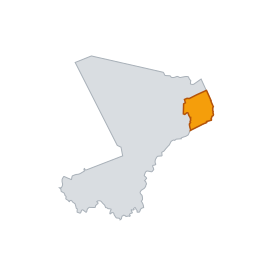 Menaka, Gao, Mali shown in context, rotated 336°
{"feature_id": "8926073B3742503303790", "entity_name": "Menaka", "entity_type": "district", "adm_level": 2, "iso_a3": "MLI", "parent_name": "Mali", "parent_adm1": "Gao", "projection": "orthographic", "projection_center": [2.874, 16.667], "detail": "fine", "context": "in_parent", "style": "filled", "palette": "amber", "viewbox_px": 256, "rotation_deg": 336, "n_neighbors": 0, "source": "geoboundaries", "source_scale": "gbopen_adm2", "svg_char_len": 5886}
<svg xmlns="http://www.w3.org/2000/svg" viewBox="0 0 256 256"><g transform="rotate(336 128 128)"><path d="M48.6,181.8L48.7,181.0L48.1,180.4L48.1,180.1L48.6,177.7L48.6,177.1L48.9,175.9L48.5,175.3L48.4,174.9L47.4,173.3L47.1,171.9L46.6,171.0L45.4,170.6L44.9,171.3L44.6,171.5L44.1,170.9L44.0,170.4L44.0,170.0L42.5,167.8L42.6,166.7L43.3,166.1L43.6,165.2L43.0,164.1L43.2,163.0L43.2,161.5L42.3,160.2L41.7,159.5L41.2,158.6L41.8,156.5L41.0,154.7L42.7,155.5L43.6,154.9L44.5,154.1L45.3,153.0L45.7,151.5L45.9,150.3L46.8,148.3L47.7,147.4L49.6,146.2L50.0,146.4L52.8,149.5L54.4,151.1L54.9,151.9L55.5,152.0L56.4,150.6L57.3,149.4L57.7,149.1L60.7,149.2L62.2,149.5L63.6,150.0L65.5,150.2L70.7,149.6L70.8,149.0L70.8,148.3L71.0,147.8L71.5,147.3L71.8,147.3L71.9,148.9L72.3,149.2L73.5,149.4L111.8,151.3L113.8,142.7L111.1,139.5L106.4,46.6L123.9,47.3L126.8,49.5L182.8,91.4L183.1,92.7L183.0,94.5L183.4,95.1L184.3,95.7L187.6,97.4L187.8,97.8L187.9,98.5L188.3,99.4L189.0,99.9L189.8,100.3L190.8,100.6L193.8,100.8L194.5,101.3L195.8,102.9L196.5,103.2L200.5,104.1L201.8,104.5L203.3,105.2L204.0,105.9L204.0,108.4L204.6,110.1L204.6,110.5L203.9,111.2L203.8,111.6L203.0,112.9L203.2,113.5L204.6,114.4L205.3,114.7L206.1,114.7L214.7,113.0L214.9,136.6L214.6,137.0L214.4,141.2L213.8,143.7L212.7,145.5L212.0,148.2L211.6,148.8L211.2,150.3L210.6,151.2L209.5,151.6L207.5,153.3L207.3,154.7L202.6,154.0L202.3,154.0L202.1,154.2L202.0,154.9L189.8,155.3L183.9,155.6L180.1,158.8L177.6,159.1L174.6,158.8L173.0,158.7L172.4,158.9L172.3,159.5L167.5,157.8L165.7,158.3L165.4,158.1L165.2,157.7L164.3,157.5L162.9,157.6L161.9,157.8L158.8,160.3L157.2,160.9L154.1,162.3L151.9,163.5L151.1,163.8L149.9,163.8L148.9,164.0L148.0,166.9L147.4,167.2L143.7,165.9L143.0,166.1L142.3,166.4L140.2,168.0L139.2,169.4L138.6,171.1L138.7,172.3L138.3,172.7L137.4,172.7L135.7,172.3L135.1,172.5L134.9,173.3L134.9,175.3L134.5,176.6L133.4,177.0L132.6,177.5L132.0,177.6L131.5,177.5L128.6,175.4L127.6,175.0L126.5,175.2L125.4,176.0L123.5,178.0L123.6,178.7L124.1,179.6L124.5,180.7L124.5,181.6L121.7,182.9L122.3,183.9L122.2,186.6L120.9,187.7L120.4,188.5L119.2,189.3L118.1,189.8L114.8,190.3L113.5,191.1L112.8,191.8L112.7,192.5L112.8,193.4L113.4,195.2L113.1,196.8L112.5,198.6L112.0,199.4L110.4,200.3L110.6,201.6L110.7,203.3L110.4,205.6L109.9,207.1L109.5,206.9L108.0,206.9L106.4,207.3L105.9,207.7L105.7,208.2L104.3,209.4L103.4,209.2L102.6,208.9L102.2,208.5L102.1,208.3L102.7,207.4L102.7,207.0L102.2,205.3L102.4,204.8L102.2,203.5L102.1,203.4L100.3,203.9L100.2,204.2L100.4,205.0L99.6,205.1L98.8,204.8L97.8,204.0L97.6,204.2L97.5,204.8L97.4,205.6L97.6,206.9L97.3,207.3L95.8,207.2L94.6,207.3L94.2,207.7L94.1,208.2L94.4,208.8L94.3,209.1L93.8,209.4L93.5,209.4L92.9,208.7L90.1,208.0L89.9,207.1L89.6,207.0L88.8,205.9L88.4,205.9L88.1,206.1L87.0,206.0L86.0,206.8L85.3,208.0L84.5,208.5L83.4,208.7L83.6,207.9L83.3,206.9L80.9,205.5L80.6,205.0L80.1,202.0L80.1,201.2L80.3,200.4L80.3,199.9L80.0,199.4L79.3,198.9L78.6,198.7L77.6,199.2L77.2,199.3L76.8,199.2L76.6,199.0L76.6,198.7L77.7,197.2L78.2,196.6L79.2,195.9L79.5,195.5L79.5,195.2L78.8,194.7L77.8,193.9L77.2,193.8L76.8,193.4L76.3,192.3L76.1,192.1L75.6,191.9L75.2,191.6L75.3,188.9L74.4,186.8L73.6,184.1L73.2,183.5L72.4,182.9L71.4,182.5L70.5,182.3L69.5,182.6L69.5,182.8L70.1,183.7L70.1,184.1L70.0,184.6L69.8,184.9L68.4,185.1L66.6,185.9L66.0,187.0L65.5,187.1L64.8,186.9L60.2,184.7L58.1,185.4L56.7,186.9L56.4,187.5L55.8,187.9L55.4,187.9L55.1,187.5L53.8,185.0L53.3,184.3L52.5,184.2L51.8,184.6L51.1,185.4L50.3,186.1L49.7,186.3L49.3,186.1L47.4,184.3L47.3,184.0L48.3,182.1L48.6,181.8Z" fill="#d9dde1" stroke="#a8b0b8" stroke-width="1"/><path d="M184.0,155.6L184.3,155.6L185.2,155.5L185.7,155.5L186.0,155.5L187.0,155.4L187.9,155.4L188.4,155.4L188.7,155.4L189.6,155.3L190.4,155.3L191.2,155.2L191.3,155.2L191.9,155.2L192.3,155.2L192.7,155.2L193.1,155.2L193.5,155.1L194.4,155.1L194.8,155.1L195.4,155.0L195.8,155.0L196.3,155.0L197.2,154.9L197.6,154.9L198.2,154.9L198.5,154.9L198.9,154.9L199.8,154.9L200.2,155.0L201.3,155.0L201.9,155.0L202.1,155.0L202.1,154.7L202.2,154.3L202.2,154.2L202.4,154.0L202.7,154.1L202.8,154.1L204.1,154.3L205.3,154.5L206.3,154.6L206.6,154.7L207.2,154.8L207.4,154.7L207.6,154.5L207.6,154.4L207.6,154.2L207.7,153.8L207.6,153.7L207.6,153.4L207.8,153.3L207.9,153.2L208.1,153.1L208.3,152.9L208.5,152.7L208.8,152.2L209.2,151.8L209.3,151.7L209.5,151.5L209.7,151.4L209.8,151.4L210.2,151.4L210.4,151.4L210.5,151.3L210.9,151.2L211.0,151.1L211.4,150.7L211.5,150.5L211.5,150.4L211.6,150.2L211.7,149.8L211.7,149.5L211.7,149.4L211.7,149.2L211.7,148.9L211.8,148.7L211.9,148.4L212.0,148.3L212.1,148.2L212.4,147.9L212.4,147.6L212.4,147.4L212.5,147.3L212.5,147.2L212.4,147.1L212.4,146.8L212.4,146.6L212.5,146.5L212.6,146.4L212.7,146.2L212.8,145.9L212.9,145.7L213.0,145.5L213.2,145.2L213.3,145.0L213.3,144.9L213.3,144.7L213.4,144.4L213.5,144.3L213.5,144.2L213.7,143.9L214.0,143.7L214.4,143.4L214.6,143.3L214.6,143.0L214.6,141.7L214.6,140.6L214.6,140.0L214.6,139.4L214.6,139.0L214.6,138.8L214.6,138.7L214.7,138.4L214.7,138.2L214.6,137.9L214.7,137.6L214.7,137.1L214.7,136.9L214.7,136.6L214.9,136.6L215.0,136.6L215.0,135.9L215.0,134.7L215.0,133.4L215.0,132.2L215.0,130.9L215.0,129.8L215.0,128.6L215.0,127.3L215.0,126.1L215.0,125.6L214.9,125.5L204.2,125.6L196.0,126.0L194.0,124.9L191.2,124.9L190.7,128.3L188.6,128.6L187.8,130.3L184.3,137.6L185.4,138.7L187.9,138.0L188.5,138.2L188.9,138.6L188.7,141.4L189.2,144.2L188.9,144.2L188.9,144.3L189.0,144.3L188.9,144.4L188.9,144.5L188.9,144.8L188.9,145.0L188.8,145.3L188.7,145.4L188.6,145.6L188.5,145.8L188.5,146.0L188.5,146.3L188.4,146.5L188.1,146.7L188.0,146.8L187.9,146.9L187.7,146.9L187.6,147.0L187.4,147.2L187.4,147.3L187.4,147.5L187.2,147.8L187.1,148.0L187.1,148.3L187.2,148.5L186.9,148.6L186.7,148.8L186.4,149.0L186.2,149.0L186.1,149.3L185.8,149.3L185.7,149.5L185.8,149.5L185.7,149.6L185.5,149.8L184.9,152.1L184.5,154.9L184.0,155.6L184.0,155.6Z" fill="#f59e0b" stroke="#b45309" stroke-width="1.5"/></g></svg>